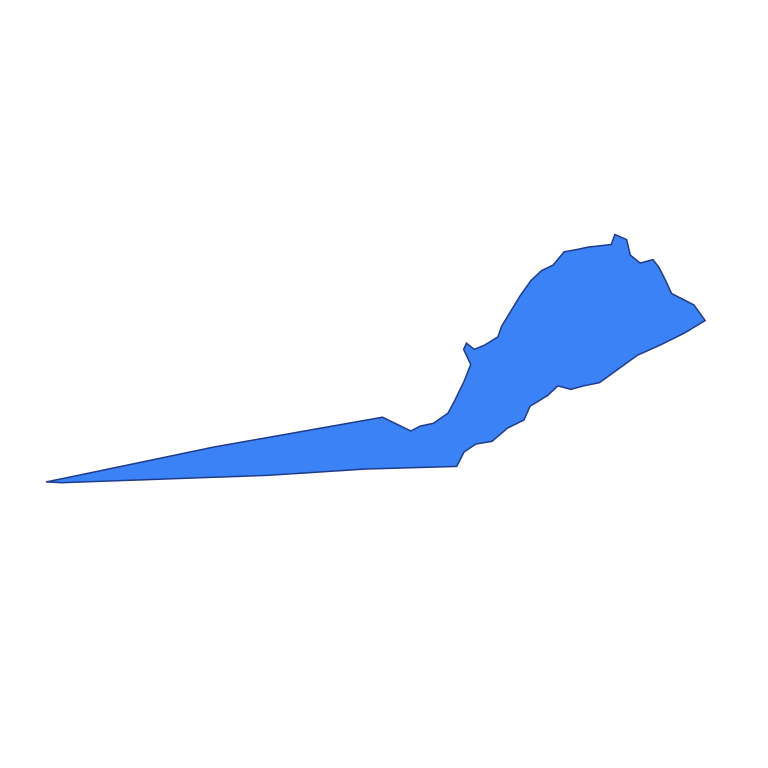 the district of Fasli, Paphos, Cyprus, rotated 296°
{"feature_id": "46923920B97001671290706", "entity_name": "Fasli", "entity_type": "district", "adm_level": 2, "iso_a3": "CYP", "parent_name": "Cyprus", "parent_adm1": "Paphos", "projection": "mercator", "projection_center": [32.358, 35.003], "detail": "fine", "context": "isolated", "style": "filled", "palette": "blue", "viewbox_px": 768, "rotation_deg": 296, "n_neighbors": 0, "source": "geoboundaries", "source_scale": "gbopen_adm2", "svg_char_len": 843}
<svg xmlns="http://www.w3.org/2000/svg" viewBox="0 0 768 768"><g transform="rotate(296 384 384)"><path d="M147.9,123.2L154.0,137.6L251.2,320.0L298.9,403.6L341.8,485.5L358.1,485.8L370.3,492.9L379.9,506.3L398.2,514.2L413.1,525.6L428.2,525.0L434.9,529.4L445.4,536.1L458.5,541.1L461.1,554.3L469.8,564.2L479.7,577.1L520.9,599.1L540.0,615.1L561.4,631.6L581.8,644.8L590.9,627.9L591.4,602.8L600.0,592.3L609.1,580.4L613.7,571.3L605.0,561.2L607.8,548.9L620.1,538.8L619.6,526.0L609.0,527.1L596.5,507.4L589.2,498.1L581.8,488.0L565.0,483.8L554.8,475.8L541.3,470.7L522.3,467.6L503.9,465.9L487.5,464.4L476.3,465.7L463.1,457.4L454.7,449.8L456.9,440.2L450.0,440.4L439.5,453.4L421.7,454.8L399.5,454.8L385.8,454.3L370.3,445.6L362.2,435.1L353.5,428.7L353.5,397.2L252.5,258.3L157.5,135.8L147.9,123.2Z" fill="#3b82f6" stroke="#1e3a8a" stroke-width="1.5"/></g></svg>